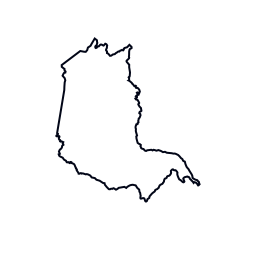 outline of Yalinga, Haute-Kotto, Central African Republic, rotated 128°
{"feature_id": "33826404B77142922363915", "entity_name": "Yalinga", "entity_type": "district", "adm_level": 2, "iso_a3": "CAF", "parent_name": "Central African Republic", "parent_adm1": "Haute-Kotto", "projection": "orthographic", "projection_center": [23.642, 7.657], "detail": "fine", "context": "isolated", "style": "outline", "palette": "ink", "viewbox_px": 256, "rotation_deg": 128, "n_neighbors": 0, "source": "geoboundaries", "source_scale": "gbopen_adm2", "svg_char_len": 5811}
<svg xmlns="http://www.w3.org/2000/svg" viewBox="0 0 256 256"><g transform="rotate(128 128 128)"><path d="M176.3,92.5L175.2,92.4L174.3,92.1L173.6,91.9L172.5,91.4L171.7,91.0L170.6,90.1L169.8,89.3L169.4,88.5L168.9,87.4L168.5,86.7L168.7,86.0L169.0,85.2L169.4,84.2L169.5,83.6L169.6,82.8L169.6,81.7L169.8,81.1L170.2,80.7L170.8,80.2L171.2,79.7L171.3,79.4L171.5,78.8L171.8,78.3L172.4,77.7L172.8,77.3L173.5,76.4L173.9,76.1L174.2,76.0L175.0,75.6L175.6,75.0L175.8,74.8L175.8,74.5L175.7,74.3L175.0,73.7L174.7,73.6L173.9,72.9L173.6,72.4L173.5,72.1L173.5,71.7L174.0,70.9L174.9,69.5L175.0,69.2L175.0,68.8L174.9,68.6L174.7,68.4L174.3,68.3L173.6,68.2L172.8,68.6L172.5,68.7L172.3,68.8L171.9,68.8L171.6,68.7L170.4,68.3L170.0,68.2L168.7,68.9L167.7,68.9L166.6,68.8L165.9,68.8L164.7,68.7L163.3,68.4L162.0,68.0L161.4,67.9L160.3,68.3L159.9,68.3L158.5,67.6L158.3,67.5L158.0,67.3L157.3,67.3L156.9,67.2L156.6,67.1L156.3,67.0L155.4,67.3L154.2,67.6L153.9,67.7L153.5,67.6L152.8,67.5L152.2,67.2L151.9,67.1L151.2,66.7L150.5,66.5L150.2,66.5L149.6,66.7L149.2,66.6L148.1,66.7L146.9,67.4L146.3,67.6L145.4,67.8L145.1,67.7L144.4,67.2L144.1,67.1L143.4,66.9L142.3,67.3L141.9,67.3L141.6,67.2L140.3,66.2L139.7,66.0L139.0,66.0L137.6,66.1L137.1,66.3L136.6,66.6L135.8,67.5L135.4,67.8L135.1,67.8L133.9,67.7L133.3,67.5L132.9,67.1L133.0,66.7L133.0,66.3L132.9,65.7L132.6,65.2L132.4,65.1L132.2,64.9L132.0,64.3L132.0,63.9L132.3,62.6L132.5,62.0L132.6,61.7L133.1,61.3L133.6,61.1L134.2,60.6L134.9,59.7L135.5,58.7L135.7,58.4L136.4,57.1L136.5,56.8L136.7,56.6L136.9,56.0L136.9,55.6L136.7,54.6L136.7,54.2L136.9,51.9L136.9,51.5L136.8,51.2L136.7,50.9L136.2,50.6L135.8,50.6L135.5,50.6L135.0,51.3L134.0,53.2L133.8,53.3L133.5,53.4L132.7,53.3L132.0,53.1L131.5,52.8L130.4,51.9L129.9,51.6L129.7,51.4L129.6,50.8L129.6,50.5L129.2,50.1L129.2,49.8L129.3,49.1L129.9,48.0L130.0,47.3L130.0,46.5L130.2,45.9L130.3,45.6L130.3,44.8L130.5,43.7L130.9,42.5L129.9,42.5L129.5,41.6L129.2,40.8L129.5,38.7L129.9,38.0L130.1,37.4L129.9,37.2L128.8,37.0L128.2,37.0L128.0,37.6L126.9,38.9L126.8,40.2L126.5,41.3L127.1,42.8L127.4,43.8L127.6,45.7L127.5,46.4L126.0,48.0L125.3,49.4L123.9,53.3L123.1,55.1L122.9,56.5L122.5,58.0L121.0,60.6L119.5,62.5L119.6,63.1L119.9,63.8L119.8,64.7L119.3,65.4L119.0,66.1L119.1,67.7L118.6,69.9L118.4,71.9L119.0,74.6L119.4,75.5L120.2,76.4L121.0,78.1L123.6,82.2L124.0,84.2L125.5,85.6L125.8,87.9L126.7,90.5L127.5,91.0L128.4,91.7L128.6,92.3L128.9,93.3L129.5,94.5L130.5,94.8L130.8,96.2L133.8,99.2L134.7,99.4L135.2,100.1L135.4,101.0L135.0,102.8L135.6,104.0L135.7,105.3L135.2,105.9L134.7,107.0L133.5,107.4L133.4,108.5L133.7,109.5L133.8,111.2L131.1,114.8L129.5,116.3L128.4,116.2L126.0,119.5L125.3,120.2L123.8,121.2L123.5,121.8L122.8,122.5L121.8,123.1L120.9,123.3L120.0,123.7L119.7,123.5L119.3,123.0L118.9,122.9L118.7,123.1L118.2,123.4L117.9,123.3L117.4,123.2L116.9,123.3L116.4,124.1L116.0,124.4L114.8,124.8L114.5,125.1L113.9,125.4L113.2,125.2L112.3,125.3L111.4,125.6L110.2,126.0L109.4,127.0L109.4,128.2L108.9,128.5L108.1,128.7L107.7,128.6L106.9,128.1L106.2,128.0L104.3,130.1L104.0,132.2L103.1,134.4L102.7,134.6L102.3,134.5L101.8,134.4L101.2,134.8L100.5,136.4L100.0,137.8L100.6,139.4L100.2,140.4L99.6,140.2L98.8,139.8L98.3,139.8L97.9,140.1L98.1,141.3L97.6,141.3L96.5,141.1L96.1,140.8L95.7,140.4L95.2,140.2L95.0,140.6L95.0,142.0L94.8,142.7L94.3,142.6L94.0,142.3L94.0,141.8L94.0,141.0L93.7,140.6L92.0,141.1L90.9,142.7L90.5,144.5L90.6,145.4L91.4,146.2L91.1,147.1L90.7,147.4L90.0,147.6L90.0,148.0L90.7,148.3L91.1,148.8L90.5,150.9L90.5,152.0L90.1,152.8L90.0,155.3L90.0,156.0L90.2,156.8L89.6,156.6L88.4,157.5L88.0,158.0L87.7,158.7L87.2,158.7L86.6,158.4L85.9,158.7L83.0,160.6L79.4,164.5L77.4,166.0L76.7,169.6L76.2,170.4L75.4,170.5L73.7,170.2L72.5,170.1L71.9,170.3L71.5,171.0L69.9,172.0L67.0,174.2L65.4,175.0L64.5,175.1L63.5,174.6L62.7,174.4L61.9,175.2L61.6,178.1L64.9,178.4L67.1,180.0L68.2,180.1L68.7,179.6L69.8,179.6L70.3,180.9L71.1,181.2L71.6,181.7L72.3,181.8L73.1,181.9L73.4,182.5L74.1,182.9L75.3,183.2L76.5,183.7L77.9,183.9L79.4,185.2L81.2,185.7L82.2,186.6L81.6,189.3L81.9,190.7L80.6,191.7L80.3,193.1L79.6,193.6L77.8,194.0L76.9,194.7L75.8,195.2L75.3,196.6L75.6,197.8L77.9,197.9L78.2,198.1L78.5,200.1L79.2,201.0L80.2,201.2L81.7,201.3L82.3,202.0L82.9,202.2L84.0,202.1L84.8,202.6L84.8,203.0L84.5,203.5L83.8,204.0L83.2,204.0L82.6,203.6L79.8,204.6L79.3,205.3L78.0,206.5L78.0,209.3L84.1,208.5L86.3,208.1L89.3,209.1L91.7,208.1L94.0,208.2L94.9,209.5L96.7,213.0L119.2,219.0L120.6,217.8L120.6,216.4L120.6,214.3L121.3,213.9L121.7,213.2L121.9,212.0L122.9,211.5L123.7,212.3L125.1,212.2L127.1,211.7L127.7,208.6L129.0,206.8L131.0,206.0L134.7,203.5L137.3,201.6L175.7,180.7L175.7,179.6L176.3,179.3L177.0,179.6L177.6,179.7L178.2,179.7L178.5,179.4L178.3,178.8L177.8,178.3L177.7,177.9L177.1,177.5L176.8,177.1L177.1,176.6L177.8,176.4L178.4,176.3L179.1,175.8L179.5,175.0L179.3,174.1L179.5,173.5L180.3,173.3L180.3,172.9L180.0,172.4L179.4,171.9L179.0,170.3L180.3,170.0L180.6,169.4L180.7,168.8L181.1,168.5L181.6,168.8L182.2,168.9L182.9,168.8L183.4,168.4L184.1,168.1L184.8,168.0L185.7,168.0L186.2,168.2L186.8,168.3L187.6,168.3L189.1,167.9L190.3,165.8L191.4,166.4L191.9,165.6L192.3,164.7L192.1,163.3L191.6,161.2L192.3,159.0L192.0,156.7L192.7,155.2L192.4,154.6L191.7,154.1L191.4,153.5L191.7,152.6L191.5,152.2L191.0,152.1L190.6,152.4L190.2,152.4L189.9,152.1L189.8,151.3L190.3,150.7L189.7,148.8L189.8,147.8L190.5,146.4L191.0,145.8L191.2,145.0L191.6,144.3L192.0,144.1L192.1,142.8L192.9,142.4L193.9,139.4L194.4,138.8L193.9,138.1L192.8,137.6L192.4,137.0L192.5,136.5L191.6,135.7L190.5,132.7L189.7,132.1L189.1,130.6L188.7,128.4L189.3,126.2L187.9,123.3L188.2,121.0L187.0,117.9L186.7,113.9L185.9,112.5L186.9,111.4L187.6,108.4L188.0,105.5L187.4,104.5L186.5,104.1L186.0,103.6L185.5,102.8L184.5,102.5L184.2,101.8L184.0,99.5L182.5,98.8L180.9,98.5L176.6,94.6L176.3,92.5Z" fill="none" stroke="#020617" stroke-width="2"/></g></svg>